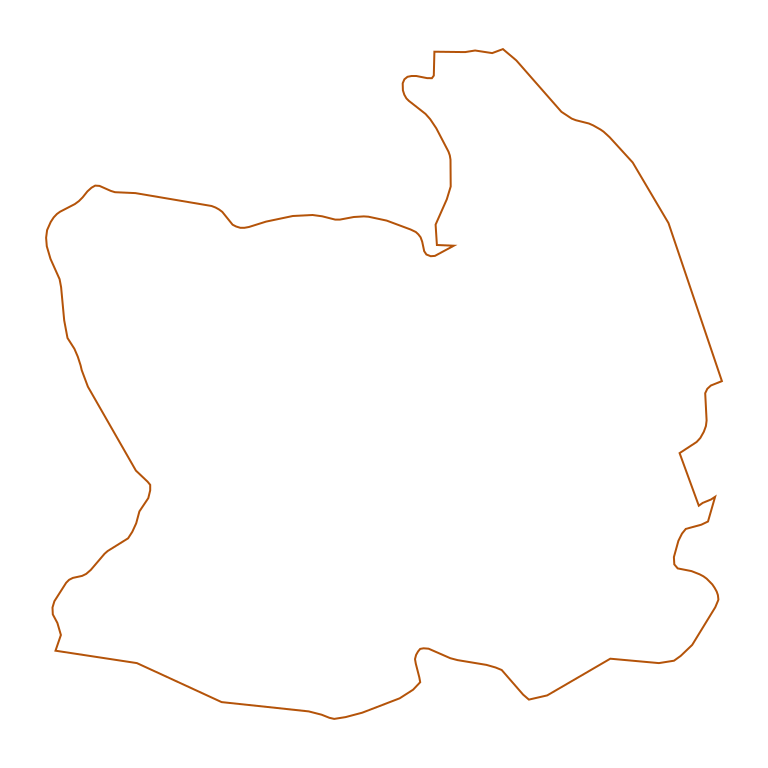 the Province of Chai Nat
{"feature_id": "THA-407", "entity_name": "Chai Nat", "entity_type": "Province", "adm_level": 1, "iso_a3": "THA", "parent_name": "Thailand", "parent_adm1": "", "projection": "robinson", "projection_center": [100.013, 15.165], "detail": "fine", "context": "isolated", "style": "outline", "palette": "amber", "viewbox_px": 768, "rotation_deg": 0, "n_neighbors": 0, "source": "natural_earth", "source_scale": "10m", "svg_char_len": 2270}
<svg xmlns="http://www.w3.org/2000/svg" viewBox="0 0 768 768"><path d="M528.9,699.6L523.1,694.6L501.7,670.0L495.6,667.5L486.5,664.9L457.5,660.1L450.3,658.2L428.6,648.7L423.6,648.3L420.2,648.9L418.1,651.4L416.1,654.9L415.0,659.1L415.8,663.7L419.3,677.3L420.2,682.2L413.1,689.7L399.7,698.3L362.2,712.7L345.6,717.1L334.2,718.9L329.4,717.8L321.6,714.7L308.7,711.4L221.6,702.1L136.9,663.1L55.5,650.7L60.9,635.0L57.4,623.0L52.8,614.4L52.5,607.5L54.4,601.2L66.2,582.7L69.1,579.8L72.9,577.9L82.1,575.9L86.2,573.9L90.8,569.9L104.6,553.7L107.7,551.0L128.1,538.3L132.3,531.8L136.2,523.3L139.4,511.4L148.3,498.1L150.2,490.3L150.2,484.9L147.6,481.7L135.9,470.6L87.9,386.7L81.7,370.1L80.6,365.4L77.8,356.7L74.4,348.8L67.5,338.0L64.2,320.4L61.1,287.2L59.6,279.2L50.5,258.9L46.8,246.3L46.1,237.8L47.1,230.1L50.7,222.0L53.7,217.4L56.9,214.0L60.1,211.7L74.8,204.1L78.9,201.1L82.6,197.4L87.4,191.4L91.5,187.7L95.2,185.6L99.5,185.9L110.8,190.9L115.0,192.2L135.4,193.1L211.6,206.0L215.5,207.5L219.1,209.5L222.3,211.9L232.6,224.7L236.1,226.5L240.3,227.8L244.4,227.8L248.9,227.0L266.1,221.6L292.8,216.0L312.6,215.0L322.2,216.3L335.2,219.6L339.9,219.6L353.8,217.0L363.8,216.4L368.4,216.7L386.7,220.6L410.6,229.5L415.8,232.0L418.3,234.3L420.6,237.3L422.2,241.7L424.2,251.2L426.4,254.5L430.7,256.2L434.9,255.9L453.8,245.7L436.9,245.0L435.6,224.6L446.8,199.3L450.7,186.5L450.5,159.7L449.8,155.4L448.5,151.7L436.3,128.3L430.2,119.2L425.5,113.9L408.9,100.9L406.4,98.4L404.3,94.7L402.9,90.3L402.7,83.3L404.4,79.3L407.5,76.8L411.5,76.0L416.3,76.0L427.0,78.1L431.9,78.2L433.8,75.6L434.4,51.7L465.1,52.1L475.1,50.5L492.2,53.1L502.9,49.1L516.3,60.4L561.4,111.8L571.7,118.6L575.8,120.2L588.9,123.5L593.2,125.4L600.6,129.6L603.6,131.7L609.6,137.2L632.7,162.5L668.5,223.1L721.9,381.1L710.9,385.5L707.3,388.8L705.2,393.2L706.6,420.5L705.9,426.1L703.8,431.8L700.3,438.0L696.6,442.0L679.6,453.1L698.8,505.7L702.7,502.9L711.0,499.5L715.1,496.8L708.0,521.5L701.3,524.7L685.8,528.9L682.0,533.6L678.4,540.8L673.9,557.1L674.3,564.4L677.7,568.4L691.5,571.1L699.6,574.3L703.4,576.3L706.7,578.7L712.3,584.4L714.6,587.8L716.7,591.6L717.9,595.1L718.4,599.5L718.1,600.5L715.3,607.2L692.2,644.9L680.7,655.9L674.0,660.7L658.9,663.1L610.3,658.7L547.2,695.4L528.9,699.6Z" fill="none" stroke="#b45309" stroke-width="2"/></svg>